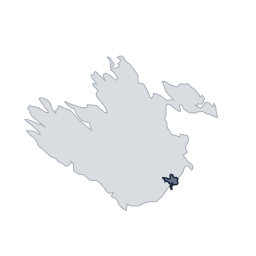 location of Fingal within Ireland, rotated 54°
{"feature_id": "IRL-5574", "entity_name": "Fingal", "entity_type": "County", "adm_level": 1, "iso_a3": "IRL", "parent_name": "Ireland", "parent_adm1": "", "projection": "equal_earth", "projection_center": [-6.266, 53.497], "detail": "fine", "context": "in_parent", "style": "filled", "palette": "slate", "viewbox_px": 256, "rotation_deg": 54, "n_neighbors": 0, "source": "natural_earth", "source_scale": "10m", "svg_char_len": 4784}
<svg xmlns="http://www.w3.org/2000/svg" viewBox="0 0 256 256"><g transform="rotate(54 128 128)"><path d="M163.4,55.5L158.0,58.3L157.2,59.3L155.6,63.4L155.5,64.6L152.0,69.2L150.1,70.2L147.3,70.9L145.6,71.6L143.6,71.3L141.0,71.3L139.7,72.2L139.8,72.8L140.5,73.5L145.3,75.6L145.0,76.5L143.6,77.5L135.0,80.0L132.5,81.5L131.6,82.5L132.5,84.2L139.2,89.2L140.4,89.8L141.4,92.7L147.4,93.9L149.9,95.7L152.0,96.2L156.6,96.0L158.5,96.7L159.5,96.2L160.1,95.2L165.4,91.6L163.8,89.0L169.0,84.5L170.5,84.5L172.9,85.9L174.9,87.8L175.5,90.4L177.4,92.7L178.7,93.5L182.0,94.0L182.8,94.9L182.2,98.2L182.7,99.4L191.1,99.3L194.5,97.8L197.5,98.1L198.9,99.6L199.6,101.1L197.0,101.7L194.4,101.4L193.1,102.4L193.0,104.4L193.9,106.9L195.7,108.7L197.1,112.8L198.3,117.3L200.1,120.0L200.5,123.4L200.2,125.0L200.6,128.0L199.8,129.1L200.4,131.9L203.5,141.0L204.1,148.1L202.6,150.8L200.5,153.3L199.2,156.4L198.1,159.6L197.5,164.9L193.1,171.0L191.2,172.6L189.0,173.5L193.8,177.8L189.8,179.8L185.5,180.4L180.8,179.3L177.8,179.4L174.0,181.7L173.2,181.3L171.4,177.7L170.1,181.4L167.4,182.6L162.7,182.3L154.8,183.3L151.8,184.3L150.5,186.0L149.6,187.9L148.3,189.0L147.0,189.6L140.9,191.0L139.7,191.5L136.8,194.6L133.1,196.4L130.1,196.9L127.4,195.1L126.3,194.0L125.0,193.5L120.9,193.6L122.2,194.1L123.0,195.4L123.4,197.8L122.9,200.2L120.8,201.4L118.4,201.6L114.5,204.1L109.3,204.7L106.5,207.0L89.5,210.9L88.5,210.9L86.2,209.9L83.7,209.5L81.2,209.8L74.0,211.9L70.6,211.5L75.1,206.2L81.0,203.5L81.7,202.8L79.7,202.4L68.5,204.3L64.6,205.9L60.7,206.3L62.6,203.9L67.6,200.6L72.0,198.4L73.9,196.4L79.3,194.2L62.2,198.8L57.7,198.2L56.7,197.0L53.2,197.6L52.0,194.5L57.3,189.8L60.3,187.8L63.9,186.7L67.3,185.2L68.7,183.3L67.1,182.7L56.8,183.2L51.9,182.8L52.2,181.3L53.2,179.6L58.3,176.7L61.1,176.3L63.5,176.6L67.8,178.2L73.6,177.7L71.2,175.9L70.9,172.2L69.1,171.0L71.5,169.3L74.2,168.2L78.8,164.7L80.4,164.2L89.3,163.3L98.9,161.5L108.4,158.9L103.6,157.5L101.3,155.6L97.5,159.4L94.7,160.9L87.1,161.6L84.7,161.2L81.4,160.0L80.3,160.5L79.3,161.4L74.2,163.3L68.9,163.7L75.1,160.3L83.1,154.5L84.9,152.6L87.4,149.5L86.7,148.1L85.1,147.3L90.9,140.7L92.9,139.5L96.5,139.4L99.1,138.3L100.3,138.3L101.4,137.9L103.7,136.0L100.2,134.7L96.5,134.1L85.0,134.8L83.6,134.6L82.1,134.0L81.2,133.2L80.6,131.0L79.8,130.5L77.2,130.5L74.7,131.2L72.9,131.1L71.2,130.1L74.0,127.9L70.4,127.3L66.8,127.8L63.8,127.1L63.8,125.7L65.2,124.3L63.4,122.9L63.1,121.2L65.0,120.4L67.1,120.7L71.4,119.4L76.8,118.8L72.2,117.6L70.3,116.6L70.3,114.9L70.7,113.6L76.1,111.2L81.9,110.2L81.5,108.7L82.0,107.0L76.2,106.5L70.4,107.7L71.1,104.5L72.6,101.7L72.9,99.8L72.7,97.8L70.0,98.7L69.7,95.8L68.6,93.9L64.6,95.2L64.8,92.7L66.0,90.9L68.1,90.1L70.1,90.4L73.9,90.4L77.7,89.0L83.0,88.7L91.4,89.1L97.1,92.9L98.6,92.2L101.0,89.8L102.1,89.6L110.9,90.6L116.3,92.0L117.7,91.6L117.0,88.9L115.1,87.1L117.5,84.7L120.4,83.0L122.3,82.2L126.8,81.2L128.7,80.3L130.0,77.2L132.1,74.6L121.0,75.9L110.6,72.9L112.3,70.7L114.5,69.5L118.4,68.6L118.7,67.5L120.7,66.5L123.9,64.1L122.8,60.9L123.5,58.6L125.8,57.0L126.5,54.9L127.6,53.3L132.2,52.7L136.7,51.2L143.6,51.0L145.4,51.6L145.0,49.0L148.3,48.6L149.5,49.2L150.1,51.0L151.5,52.2L152.0,54.3L151.0,55.9L149.3,57.1L150.8,58.4L148.4,60.6L151.0,59.7L154.6,57.4L154.4,55.6L153.8,53.3L152.8,51.3L153.3,49.0L155.4,47.6L160.7,46.9L158.5,44.3L160.5,44.1L162.6,44.6L165.7,46.6L172.2,49.4L169.0,51.9L165.0,53.7L163.4,55.5ZM69.3,105.6L69.1,106.8L66.6,105.3L65.4,103.6L58.5,102.8L61.4,101.1L62.8,101.6L67.8,101.7L69.1,102.4L69.3,105.6Z" fill="#d9dde1" stroke="#a8b0b8" stroke-width="1"/><path d="M198.2,117.5L198.5,117.7L199.1,118.8L200.1,119.3L201.1,119.6L201.8,120.0L202.1,120.4L202.3,121.0L202.4,121.6L202.2,122.2L201.6,122.9L201.4,123.2L201.4,123.5L201.1,123.9L200.7,124.7L200.4,125.0L200.1,124.6L199.5,124.5L198.8,124.7L198.3,125.0L200.5,125.8L200.7,126.3L200.8,126.8L201.1,127.1L200.8,127.6L200.6,127.7L201.2,127.9L202.6,128.0L203.3,128.3L202.9,129.1L202.4,129.1L202.0,128.8L201.5,128.6L201.3,128.5L200.9,128.1L200.4,128.0L199.8,128.2L199.6,126.8L197.5,126.7L197.0,127.2L196.2,127.3L195.3,127.0L194.2,127.7L193.1,128.8L193.0,129.4L192.5,128.8L191.9,128.8L191.6,129.0L191.0,128.8L190.3,128.8L189.9,129.2L189.4,129.2L188.7,129.0L189.3,128.1L190.6,127.1L191.0,126.6L191.2,126.2L191.4,126.1L191.6,126.0L192.8,125.6L193.0,125.5L193.1,125.4L193.0,125.2L193.2,124.8L193.6,124.2L193.7,123.9L193.7,123.7L193.4,123.4L193.1,123.2L192.9,122.9L192.7,122.7L192.4,122.5L191.7,122.2L191.2,121.8L190.9,121.6L190.8,121.4L190.7,121.0L190.7,120.8L190.8,120.6L191.0,120.3L191.8,119.7L192.4,119.5L192.9,119.5L193.1,119.6L193.3,119.8L193.5,120.0L193.9,120.3L194.1,120.2L194.3,120.1L194.8,119.8L195.4,119.5L195.7,119.2L195.9,119.0L196.3,118.2L196.5,117.9L196.9,117.8L197.3,117.8L197.6,117.8L198.0,117.7L198.2,117.5Z" fill="#64748b" stroke="#1e293b" stroke-width="1.5"/></g></svg>